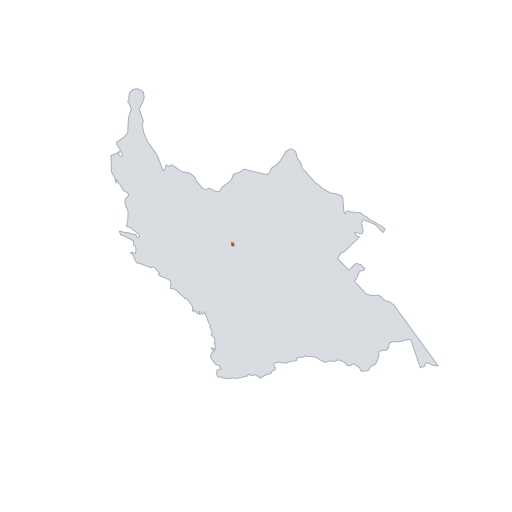 Tenza, Boyacá, Colombia shown in context, rotated 316°
{"feature_id": "7082276B18084184900557", "entity_name": "Tenza", "entity_type": "district", "adm_level": 2, "iso_a3": "COL", "parent_name": "Colombia", "parent_adm1": "Boyacá", "projection": "equal_earth", "projection_center": [-73.43, 5.079], "detail": "fine", "context": "in_parent", "style": "filled", "palette": "amber", "viewbox_px": 512, "rotation_deg": 316, "n_neighbors": 0, "source": "geoboundaries", "source_scale": "gbopen_adm2", "svg_char_len": 4387}
<svg xmlns="http://www.w3.org/2000/svg" viewBox="0 0 512 512"><g transform="rotate(316 256 256)"><path d="M285.5,64.5L281.6,66.6L274.0,69.2L268.7,80.7L265.1,82.8L260.7,89.6L257.4,98.0L254.9,115.2L248.4,129.9L248.9,130.5L251.5,129.9L254.0,128.2L254.9,128.7L255.8,131.3L258.8,131.9L261.2,143.8L265.7,149.8L266.2,152.2L266.8,157.1L265.2,160.1L264.7,170.9L266.1,173.6L269.5,174.7L271.8,181.5L273.2,183.0L275.3,184.1L280.3,183.0L289.3,184.2L291.4,184.0L296.5,181.6L302.9,184.5L307.6,185.0L320.5,205.4L321.8,204.8L323.4,206.0L326.7,203.9L329.5,203.6L333.1,204.6L338.0,204.6L347.7,202.5L349.2,201.3L354.5,202.5L356.1,204.0L356.9,207.9L356.3,210.2L354.4,212.6L353.4,215.7L353.2,219.4L352.3,222.1L350.6,223.9L349.9,226.5L350.3,229.9L349.4,245.3L350.2,246.6L350.7,253.0L353.0,261.2L354.1,263.6L356.0,265.5L359.4,272.3L358.7,274.6L349.9,285.2L349.4,287.7L351.1,286.7L353.8,287.7L354.8,290.2L361.3,297.6L361.3,300.5L363.1,306.0L362.8,307.3L367.4,323.2L367.5,326.5L363.7,327.4L363.6,316.8L363.0,314.6L358.8,305.2L357.9,304.4L355.0,305.5L350.3,312.5L348.0,313.5L346.3,312.5L344.5,308.4L343.3,307.6L342.2,311.1L343.6,314.2L322.6,314.2L318.5,312.9L312.9,314.5L312.9,330.6L322.8,330.8L325.5,335.4L325.3,339.1L325.7,340.5L323.3,341.2L319.9,338.7L313.7,341.7L309.2,342.4L308.9,360.2L311.6,364.6L316.9,369.4L317.7,372.6L317.3,375.6L318.5,379.4L320.3,381.5L320.3,383.8L321.2,386.3L310.7,461.5L307.0,456.9L305.7,452.8L303.9,451.1L300.4,452.4L296.6,450.3L308.8,424.8L308.4,422.5L298.3,416.3L297.2,414.7L292.4,411.3L289.7,412.3L288.2,414.0L284.5,414.5L281.5,411.8L278.0,410.0L273.7,414.3L272.5,414.3L269.4,416.1L266.2,416.8L262.0,414.9L258.6,416.3L256.2,416.0L255.3,414.6L252.3,413.1L251.9,411.4L252.8,408.2L251.5,402.0L251.0,401.0L248.7,400.9L246.0,398.6L245.4,397.3L246.0,394.8L245.5,392.6L242.9,387.6L239.2,386.4L235.7,382.2L232.2,380.8L230.6,377.8L229.1,371.1L225.4,365.9L222.9,364.1L222.0,361.7L219.4,361.4L215.8,358.0L214.2,357.8L213.1,359.4L209.9,357.7L207.0,355.2L204.1,354.6L202.2,353.0L198.8,348.2L195.0,345.9L192.9,346.7L192.2,350.3L190.9,350.9L186.6,350.0L185.9,350.8L184.8,350.6L179.6,348.0L174.4,347.0L173.1,341.0L169.7,338.9L168.8,336.0L166.4,336.3L157.6,330.9L153.9,327.1L150.8,325.0L147.5,320.8L147.0,319.1L144.5,316.6L145.7,313.4L148.8,311.0L152.7,312.9L153.2,309.2L151.8,305.9L152.5,298.5L153.5,296.8L155.7,295.3L157.0,295.9L157.9,294.7L161.1,295.2L162.1,294.7L164.6,291.7L165.6,289.3L166.8,289.6L169.4,285.6L169.0,281.6L171.4,280.7L174.1,274.1L175.2,274.0L175.8,270.8L180.3,260.0L178.7,261.3L176.9,260.5L177.2,256.9L176.6,256.4L175.2,259.2L173.9,256.4L174.2,251.7L172.2,252.6L172.3,251.5L175.3,248.0L176.5,240.0L175.5,237.2L174.9,225.2L174.4,222.9L172.0,219.9L175.9,216.5L177.2,213.9L175.5,208.6L173.2,204.1L173.2,201.4L174.5,201.7L175.1,194.3L173.8,191.5L172.2,191.4L167.2,180.5L165.4,178.2L166.8,172.9L168.3,170.6L168.0,166.6L169.0,166.8L171.2,170.5L172.1,169.9L175.5,166.5L175.6,163.2L178.4,159.9L174.6,148.7L173.3,147.0L174.8,143.4L175.7,143.6L177.2,147.1L179.6,149.4L183.1,155.6L184.7,157.0L183.6,158.4L183.3,159.9L183.8,160.7L185.9,160.9L186.7,159.2L186.1,151.6L185.3,147.8L183.5,145.1L184.1,144.0L187.7,142.1L195.2,134.9L197.8,128.1L199.8,125.6L202.0,124.0L204.8,124.4L206.9,123.6L207.6,121.4L206.2,116.7L207.8,110.2L207.7,107.0L208.8,105.0L208.4,104.3L205.7,106.5L208.5,102.0L210.5,95.1L221.5,82.9L228.6,85.8L230.8,85.6L227.9,87.2L227.4,88.9L228.4,90.8L229.5,91.3L230.4,90.1L232.8,83.0L233.2,79.0L234.2,77.7L235.8,77.2L242.7,78.9L249.3,78.3L260.1,68.1L268.2,63.8L270.2,59.6L270.7,56.5L272.2,55.2L273.7,55.3L274.6,53.5L278.3,50.8L282.3,50.5L286.6,52.9L288.5,57.1L288.8,59.9L285.5,64.5ZM161.2,293.9L160.7,294.4L159.8,293.5L159.5,292.2L160.1,291.3L160.8,291.6L161.2,293.9Z" fill="#d9dde1" stroke="#a8b0b8" stroke-width="1"/><path d="M248.0,231.1L247.9,231.0L247.9,230.9L247.8,230.7L247.7,230.7L247.5,230.4L247.4,230.4L247.4,230.2L247.3,230.3L247.3,230.5L247.2,230.6L247.3,230.6L247.2,230.7L247.2,230.8L247.1,231.0L246.9,231.2L246.9,231.3L246.7,231.4L246.5,231.5L246.4,231.5L246.4,231.8L246.5,231.9L246.6,232.0L246.6,231.9L246.6,232.0L246.6,231.9L246.6,232.0L246.7,231.9L246.7,232.0L246.8,232.0L247.0,232.2L247.1,232.3L247.1,232.2L247.2,232.3L247.2,232.2L247.3,232.2L247.3,231.9L247.5,231.8L247.6,232.0L247.7,231.9L247.8,231.9L247.8,232.0L247.9,231.9L247.9,231.7L248.0,231.6L247.9,231.6L248.0,231.4L248.0,231.2L248.0,231.1Z" fill="#f59e0b" stroke="#b45309" stroke-width="1.5"/></g></svg>